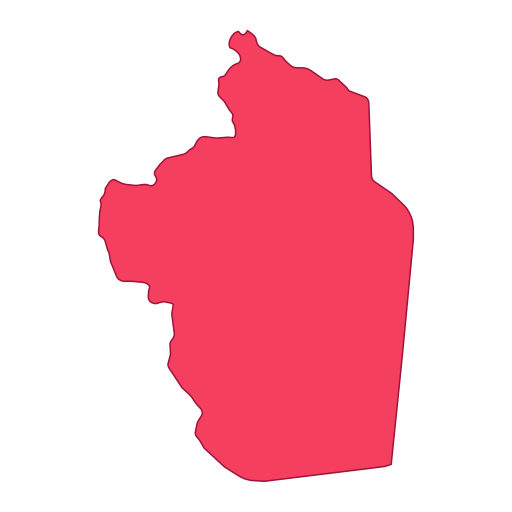 the Region of Ar Riyad
{"feature_id": "SAU-1097", "entity_name": "Ar Riyad", "entity_type": "Region", "adm_level": 1, "iso_a3": "SAU", "parent_name": "Saudi Arabia", "parent_adm1": "", "projection": "albers", "projection_center": [44.266, 23.395], "detail": "fine", "context": "isolated", "style": "filled", "palette": "rose", "viewbox_px": 512, "rotation_deg": 0, "n_neighbors": 0, "source": "natural_earth", "source_scale": "10m", "svg_char_len": 3648}
<svg xmlns="http://www.w3.org/2000/svg" viewBox="0 0 512 512"><path d="M232.5,137.6L233.5,137.5L234.4,137.1L235.0,136.3L235.3,135.3L235.5,134.1L235.6,132.6L235.6,130.6L235.1,127.4L234.6,125.5L233.9,123.9L232.5,121.4L232.2,120.1L232.4,118.6L232.9,116.0L232.7,114.3L232.6,114.1L228.8,109.1L224.5,101.8L223.3,100.4L219.4,96.5L218.6,95.4L218.1,94.3L217.9,93.2L217.9,92.1L218.9,85.0L218.9,82.6L218.5,80.2L218.6,78.9L219.5,77.7L220.6,77.0L221.8,76.7L223.7,76.3L224.3,75.9L225.1,75.2L228.6,70.0L230.4,67.9L232.6,65.9L233.8,65.1L235.0,64.4L237.4,63.5L238.5,63.0L239.5,62.2L240.1,61.3L240.4,60.5L240.6,59.8L240.6,59.6L240.6,58.8L240.5,57.8L240.2,56.7L239.8,55.5L239.2,54.4L238.3,53.2L237.4,52.2L235.4,50.5L233.2,49.0L230.0,47.7L229.7,46.9L229.2,45.0L229.2,43.9L229.2,42.8L229.4,41.7L229.9,40.0L230.6,38.3L231.9,36.1L233.2,34.5L234.7,33.0L235.4,32.5L235.5,32.5L238.3,31.4L239.2,32.2L239.4,32.5L239.5,32.6L240.3,33.5L241.1,34.2L242.2,34.7L243.3,34.8L244.5,34.2L245.5,33.6L247.5,30.7L248.0,31.0L252.2,34.0L254.2,35.9L255.0,37.1L255.7,38.3L257.0,43.0L257.7,44.5L258.8,46.0L260.0,47.0L273.8,54.8L276.0,55.5L279.5,55.8L280.7,56.0L281.7,56.5L282.7,57.4L285.7,61.1L290.4,65.4L292.5,66.8L293.6,67.3L295.7,67.7L303.7,67.9L305.9,68.3L308.0,69.0L311.1,70.7L323.2,79.2L324.4,79.7L325.6,80.0L326.7,80.2L327.8,80.2L335.0,78.8L336.2,78.8L337.4,79.2L338.4,79.9L346.6,87.6L348.0,89.6L348.9,90.6L349.9,91.2L365.6,97.1L366.3,97.6L367.0,98.3L367.6,99.2L368.1,100.2L368.5,101.2L368.8,103.0L371.5,175.9L372.0,178.4L372.4,179.2L373.1,180.3L374.0,181.3L391.8,193.5L404.6,205.9L406.7,208.4L408.8,211.8L411.1,216.5L412.4,220.4L413.3,227.0L413.4,239.1L402.2,356.9L391.2,464.4L384.5,466.5L264.3,481.3L251.0,480.4L246.2,479.3L243.4,478.3L239.7,476.5L225.4,467.5L224.5,466.9L204.3,448.3L199.4,440.0L196.5,436.5L195.7,435.2L195.3,433.5L195.3,432.2L197.3,422.8L198.3,420.8L201.3,416.0L201.8,415.1L202.1,414.0L202.2,413.7L202.2,412.7L202.1,411.7L201.8,410.5L201.1,409.2L196.9,404.5L193.9,400.5L192.3,397.9L189.5,394.6L182.1,387.8L168.9,367.9L168.4,366.8L168.1,365.7L168.0,364.5L168.1,363.4L170.2,355.5L170.5,353.2L170.0,344.1L170.1,343.0L170.5,341.9L171.1,340.9L172.6,338.9L173.3,337.8L173.8,336.8L174.1,335.6L174.3,334.4L174.3,333.4L171.9,315.2L171.9,312.9L173.3,304.9L173.3,304.7L172.5,303.8L171.6,303.3L170.5,303.0L164.5,301.8L163.4,301.7L162.3,301.9L156.4,303.5L155.2,303.6L154.0,303.4L151.9,302.7L150.8,302.0L149.7,301.0L148.6,299.0L148.3,297.5L148.3,296.2L148.6,290.7L149.4,288.3L149.6,287.3L149.4,286.2L148.7,285.0L147.3,283.9L146.1,283.2L144.9,282.8L142.6,282.3L131.7,281.3L123.9,281.3L122.1,281.0L121.1,280.6L120.0,280.1L118.9,279.4L118.0,278.6L117.3,277.7L116.8,277.0L110.5,261.4L109.2,253.6L108.7,252.3L107.5,249.4L105.0,240.7L104.1,239.1L103.1,238.0L102.0,237.1L100.2,236.0L99.7,235.5L99.1,234.7L98.7,233.6L98.6,230.2L99.2,225.0L99.2,220.0L99.9,210.7L100.9,206.6L101.1,204.5L101.0,203.2L100.4,201.4L100.3,201.0L100.4,200.2L100.7,199.3L101.4,198.1L103.8,195.1L103.9,194.9L104.6,193.3L105.2,190.9L105.2,189.0L106.2,187.0L109.5,182.0L110.2,181.4L111.6,180.3L112.7,179.8L113.9,179.6L115.0,179.9L120.2,182.6L122.3,183.5L125.8,184.4L134.8,185.4L137.2,185.4L144.2,184.4L146.6,184.6L150.4,185.7L151.4,185.7L152.4,185.5L153.6,184.9L154.8,183.9L155.8,182.5L156.6,180.5L156.7,179.1L156.3,177.8L155.1,175.5L154.6,174.4L154.4,173.3L154.6,172.0L155.3,170.5L160.1,164.2L164.8,159.5L166.1,158.6L167.2,158.1L183.7,154.2L185.7,153.3L186.9,152.4L189.5,149.9L193.0,147.7L194.1,146.6L195.0,145.1L196.9,141.4L198.2,139.6L199.0,138.8L199.6,138.3L200.4,137.7L201.4,137.3L202.5,136.9L203.6,136.7L205.8,136.7L216.3,138.1L228.0,137.2L232.5,137.6Z" fill="#f43f5e" stroke="#9f1239" stroke-width="1.5"/></svg>